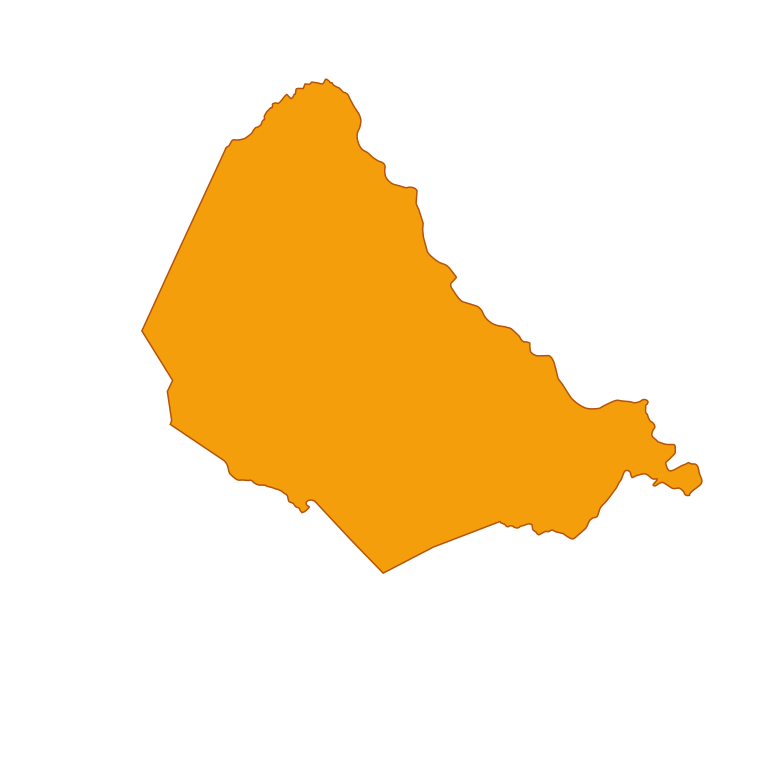 outline of Talgua, Lempira, Honduras, rotated 49°
{"feature_id": "27666195B88507723108763", "entity_name": "Talgua", "entity_type": "district", "adm_level": 2, "iso_a3": "HND", "parent_name": "Honduras", "parent_adm1": "Lempira", "projection": "robinson", "projection_center": [-88.718, 14.682], "detail": "fine", "context": "isolated", "style": "filled", "palette": "amber", "viewbox_px": 768, "rotation_deg": 49, "n_neighbors": 0, "source": "geoboundaries", "source_scale": "gbopen_adm2", "svg_char_len": 6167}
<svg xmlns="http://www.w3.org/2000/svg" viewBox="0 0 768 768"><g transform="rotate(49 384 384)"><path d="M155.7,224.7L146.5,222.7L142.7,221.5L140.9,221.5L138.8,222.0L137.5,223.1L137.0,223.3L131.2,223.6L128.5,225.0L125.7,225.9L124.5,226.1L123.5,225.7L122.9,225.6L122.3,225.8L121.7,226.5L121.2,226.8L118.8,226.8L116.4,227.4L115.8,227.9L115.8,228.6L116.0,229.5L116.7,230.7L117.0,231.6L117.2,233.1L117.0,233.7L115.9,234.8L113.4,236.4L109.1,240.1L108.6,240.9L109.0,242.4L108.9,243.7L107.4,245.0L105.8,246.8L106.0,247.4L106.8,248.7L108.0,251.1L104.6,254.9L104.0,255.9L103.8,256.6L104.2,257.4L107.0,260.6L107.0,260.9L106.6,261.5L106.5,262.0L106.7,262.6L107.6,264.0L107.9,266.4L107.5,266.9L106.7,267.2L102.1,267.3L101.6,267.6L101.7,270.2L102.8,275.8L103.0,278.0L103.0,279.1L102.8,279.7L102.6,280.1L101.3,280.9L100.6,281.6L99.9,283.0L99.5,284.1L99.7,284.7L101.0,285.6L102.0,287.1L101.9,287.6L101.3,287.9L101.2,288.2L101.6,294.0L103.2,298.4L104.7,299.8L105.7,300.4L106.0,300.7L106.0,301.1L105.6,301.6L105.8,303.0L106.3,304.5L107.5,306.3L107.7,307.7L107.4,310.3L107.0,311.3L106.4,312.4L106.3,312.9L106.8,315.8L108.0,319.5L107.9,323.2L107.4,327.9L106.9,329.2L105.0,332.7L103.2,335.2L101.3,336.9L100.8,337.7L100.6,338.6L100.7,339.7L101.6,342.0L102.5,344.8L102.4,345.5L102.0,347.3L102.2,348.8L103.2,350.5L150.3,455.4L185.1,531.9L242.7,541.2L247.5,552.4L272.1,568.1L274.3,571.8L337.1,554.9L339.0,554.8L341.5,555.2L343.4,555.9L348.4,558.5L350.5,559.1L352.0,559.1L354.9,558.8L357.7,558.3L359.8,557.7L361.5,556.5L363.5,553.9L368.0,549.5L368.6,548.3L369.2,547.7L370.8,547.0L372.8,547.0L373.8,546.7L375.7,546.1L377.5,545.1L378.5,544.4L382.2,540.2L384.4,539.4L388.9,536.3L391.7,534.8L394.1,533.2L396.4,532.1L397.5,531.6L401.2,531.0L403.1,530.3L404.6,530.2L405.3,530.4L409.3,532.5L410.5,532.8L412.0,532.2L414.2,530.9L415.1,530.8L417.5,531.2L418.6,531.1L419.4,530.9L420.5,530.1L422.1,529.6L422.9,529.7L424.9,530.3L427.3,530.3L427.4,529.5L428.0,528.7L428.1,528.2L428.4,525.5L428.2,524.2L428.2,522.5L427.8,521.1L427.3,520.9L426.7,521.3L425.1,521.7L423.6,521.4L422.9,521.0L422.4,520.5L422.1,519.8L422.0,518.9L422.3,517.4L423.4,515.4L424.6,514.4L426.8,513.1L480.6,511.2L526.2,508.7L539.4,453.8L563.9,386.6L565.6,386.8L567.8,385.6L568.9,385.2L570.1,384.9L571.4,385.0L572.2,384.8L573.2,383.9L573.7,381.9L574.7,380.7L575.8,380.0L577.8,379.7L579.8,378.2L580.7,376.9L580.9,374.6L581.5,373.0L582.7,370.9L583.5,368.2L584.4,366.7L585.6,365.5L586.7,364.9L587.4,364.7L590.8,366.9L591.7,367.2L593.3,367.0L595.8,366.4L597.7,366.7L599.1,366.3L599.4,366.0L599.7,365.1L601.1,359.0L603.5,356.5L603.7,355.9L603.8,354.3L604.5,352.8L608.7,351.0L614.4,347.0L618.8,345.9L622.8,344.6L624.3,343.7L625.1,342.6L625.3,341.4L625.4,339.3L625.3,326.5L624.3,323.6L622.4,319.8L622.0,318.4L621.8,316.7L622.1,314.4L622.5,313.5L623.5,311.7L623.8,310.5L623.8,309.7L620.0,303.2L619.2,301.3L618.8,299.1L618.6,295.0L617.8,290.1L614.8,276.6L612.5,271.0L612.0,268.5L611.5,267.2L608.2,260.9L607.8,259.5L607.9,258.4L608.5,257.6L609.3,256.8L610.3,256.3L611.1,256.1L612.6,256.2L615.7,257.8L617.2,258.2L617.7,257.7L618.5,254.4L620.8,249.2L622.3,246.7L623.8,245.4L626.0,244.6L630.3,244.0L631.8,243.5L633.0,242.6L634.1,240.9L634.7,240.3L634.9,240.2L635.4,240.7L635.7,241.4L636.1,244.6L636.5,246.8L637.0,247.2L637.9,247.1L638.5,246.6L639.0,245.7L639.6,241.4L640.4,239.0L641.0,238.3L642.8,237.5L651.2,235.1L652.2,234.7L653.5,233.5L655.7,230.0L656.3,229.4L658.5,228.7L661.1,228.5L662.1,228.5L664.3,229.3L665.6,229.3L667.1,228.4L668.5,226.5L667.6,225.5L667.2,223.8L667.1,220.7L667.6,212.8L667.4,210.4L666.8,208.9L665.7,207.7L664.4,206.8L658.6,204.7L654.2,202.3L652.3,201.4L650.3,201.2L648.9,201.5L648.0,202.2L646.7,203.7L645.8,204.5L644.9,205.0L643.6,205.5L643.2,205.8L642.8,206.8L642.2,209.4L641.0,212.7L639.4,220.1L638.5,223.1L637.8,224.5L637.0,225.3L636.3,225.7L635.2,225.8L633.6,225.5L631.6,224.8L629.5,223.9L628.2,223.1L628.0,222.0L628.0,218.6L627.6,213.0L627.2,209.8L626.7,209.1L625.2,207.7L623.0,205.8L621.6,204.9L620.7,204.7L620.1,204.9L618.6,206.3L616.0,209.4L614.4,210.9L612.5,212.2L608.1,214.7L607.2,215.1L604.6,215.3L601.2,215.9L599.5,215.9L598.0,215.3L596.9,214.1L595.4,211.2L594.6,208.5L594.3,207.9L593.7,207.4L592.1,206.7L590.2,206.5L588.8,206.6L587.1,207.3L585.7,207.3L583.0,206.6L579.6,205.2L577.7,205.3L577.1,205.1L575.7,204.1L573.4,201.8L572.0,200.8L571.8,200.2L571.8,198.5L571.0,196.7L570.2,196.2L569.0,196.2L567.2,197.0L566.6,197.6L565.9,198.5L565.4,199.7L565.3,201.6L564.8,203.2L563.8,205.4L562.8,206.9L561.8,207.9L558.9,209.8L552.5,215.9L550.0,217.9L548.8,219.3L547.5,222.3L546.1,226.9L544.6,232.7L543.8,237.0L543.4,237.8L541.6,240.4L538.9,243.8L536.4,246.2L534.0,247.9L530.8,249.3L527.7,250.3L525.4,250.9L522.1,251.5L518.3,251.9L513.8,251.5L501.6,249.6L495.3,249.2L494.0,248.9L492.5,248.3L486.0,244.8L478.7,241.3L475.1,240.4L472.5,240.4L471.5,240.6L470.4,241.3L466.1,246.6L463.1,250.0L461.3,251.1L459.3,251.9L456.7,252.3L454.8,251.8L451.4,249.4L449.3,247.5L448.6,247.1L447.3,247.8L445.8,248.8L443.9,250.8L442.4,251.3L440.0,251.4L437.6,250.7L436.7,250.6L432.3,250.9L425.9,251.7L424.6,252.2L420.0,255.3L415.7,259.0L413.7,260.4L411.3,261.8L408.7,262.8L404.9,263.7L401.0,263.9L397.8,263.5L393.0,262.1L390.5,262.0L387.8,262.2L386.5,262.7L384.7,263.7L373.7,270.6L371.5,271.2L368.2,271.4L363.0,271.0L357.2,270.2L354.8,269.7L353.1,268.8L352.3,268.1L351.9,267.2L351.2,259.8L350.8,259.3L343.1,258.7L338.9,258.6L336.7,258.8L335.4,259.1L333.7,259.7L330.4,261.6L328.5,262.5L324.6,263.6L320.8,264.3L317.7,264.7L314.1,264.8L312.4,264.4L299.0,257.9L292.8,253.5L288.4,249.0L274.9,243.2L271.5,242.3L268.7,241.2L260.2,232.7L259.2,232.1L257.1,232.2L254.9,233.2L253.7,234.1L252.5,235.3L251.6,236.4L250.7,238.2L249.8,239.1L244.8,242.2L239.7,245.7L237.9,246.5L236.4,246.9L234.3,247.2L232.0,247.3L230.2,247.1L228.4,246.6L226.2,245.5L223.6,243.7L222.7,242.8L221.3,241.1L220.3,240.3L219.1,239.8L217.7,239.6L215.7,239.9L211.9,242.0L207.4,243.4L204.6,243.9L198.6,244.6L197.3,245.0L193.9,246.4L192.5,246.6L190.7,246.6L187.8,246.1L184.7,245.0L181.8,243.6L179.5,241.9L178.0,240.4L176.9,239.1L176.3,238.0L175.0,234.9L173.4,232.4L170.7,229.2L168.7,227.7L165.8,226.4L162.9,225.6L155.7,224.7Z" fill="#f59e0b" stroke="#b45309" stroke-width="1.5"/></g></svg>